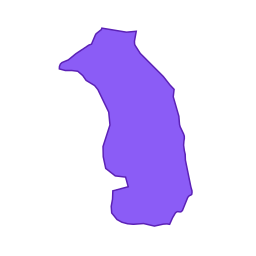 outline of Tashi Yangtse, rotated 167°
{"feature_id": "BTN-2484", "entity_name": "Tashi Yangtse", "entity_type": "District", "adm_level": 1, "iso_a3": "BTN", "parent_name": "Bhutan", "parent_adm1": "", "projection": "equal_earth", "projection_center": [91.488, 27.679], "detail": "fine", "context": "isolated", "style": "filled", "palette": "violet", "viewbox_px": 256, "rotation_deg": 167, "n_neighbors": 0, "source": "natural_earth", "source_scale": "10m", "svg_char_len": 1040}
<svg xmlns="http://www.w3.org/2000/svg" viewBox="0 0 256 256"><g transform="rotate(167 128 128)"><path d="M109.1,24.8L111.6,25.8L115.2,26.4L124.3,26.5L134.3,31.4L144.5,33.0L150.0,34.8L155.2,37.6L159.3,41.3L163.0,48.9L162.0,55.4L159.1,62.1L156.9,70.2L141.0,70.7L141.4,80.7L151.2,84.2L158.8,93.6L158.6,105.5L156.5,115.6L144.9,135.0L143.2,147.8L148.7,172.2L151.0,176.9L158.1,183.8L160.3,189.3L164.2,194.6L169.9,196.7L176.1,198.1L181.6,201.0L181.5,201.6L180.9,203.5L179.5,205.5L177.6,206.6L170.8,207.8L162.1,212.1L147.5,217.6L144.7,217.9L139.0,225.8L137.9,227.0L131.8,229.9L131.0,231.2L107.9,221.7L98.2,220.4L102.2,211.1L102.7,208.2L102.5,206.9L99.3,197.9L82.0,170.2L77.5,160.6L74.4,155.3L76.9,148.2L75.8,128.0L77.0,119.9L76.9,117.4L75.2,109.8L75.0,107.4L75.5,105.0L76.5,102.6L77.7,98.7L78.2,93.2L78.2,89.5L79.3,83.8L80.0,56.2L79.8,52.4L80.2,50.5L80.9,48.9L82.0,48.5L83.2,48.3L84.3,47.8L85.5,46.8L93.5,35.4L95.0,34.5L96.1,34.5L98.5,35.4L99.8,35.2L101.1,34.4L104.8,30.5L109.1,24.8Z" fill="#8b5cf6" stroke="#5b21b6" stroke-width="1.5"/></g></svg>